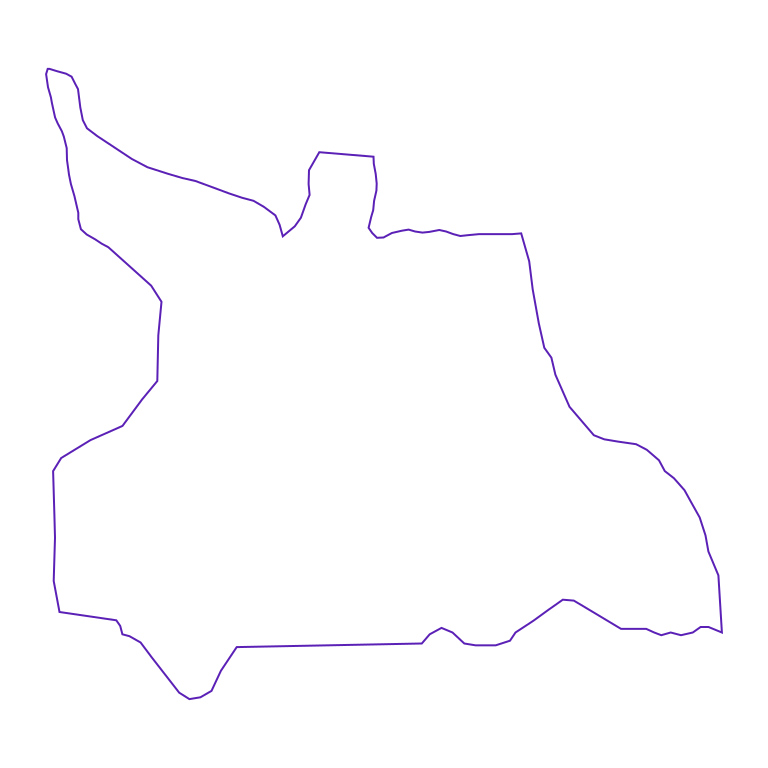 outline of Abba, Nana-Mambéré, Central African Republic
{"feature_id": "33826404B97851482460311", "entity_name": "Abba", "entity_type": "district", "adm_level": 2, "iso_a3": "CAF", "parent_name": "Central African Republic", "parent_adm1": "Nana-Mambéré", "projection": "natural_earth1", "projection_center": [15.206, 5.282], "detail": "fine", "context": "isolated", "style": "outline", "palette": "violet", "viewbox_px": 768, "rotation_deg": 0, "n_neighbors": 0, "source": "geoboundaries", "source_scale": "gbopen_adm2", "svg_char_len": 1962}
<svg xmlns="http://www.w3.org/2000/svg" viewBox="0 0 768 768"><path d="M495.8,645.3L510.0,640.7L515.5,632.5L533.6,620.6L548.6,609.7L562.8,599.7L573.8,600.6L595.1,613.3L616.4,626.1L621.1,628.9L641.6,628.9L646.3,628.9L654.2,632.5L661.3,635.2L670.7,632.5L681.0,635.2L692.8,632.5L700.6,627.0L708.5,627.0L721.9,632.5L718.4,575.4L708.4,551.5L705.5,535.4L699.7,517.5L691.3,502.5L684.5,490.2L673.9,478.2L664.8,471.1L659.0,460.3L646.8,449.8L636.1,444.2L618.0,441.6L604.2,439.3L593.8,435.2L569.5,406.8L555.4,374.7L551.4,357.7L544.3,347.8L538.8,323.3L532.7,289.4L529.2,261.3L521.2,233.4L512.5,234.1L500.3,234.1L493.5,234.1L487.4,234.1L479.3,234.1L467.7,235.2L460.3,236.0L453.2,234.1L446.1,231.5L439.3,230.0L429.3,231.9L422.5,232.6L415.1,231.5L408.6,229.6L401.9,230.7L391.9,233.0L383.5,237.5L377.0,237.8L372.2,233.0L368.6,227.8L371.2,216.9L373.2,210.2L374.1,200.8L376.4,190.7L376.7,183.6L375.7,173.9L373.8,163.8L373.5,156.7L319.3,152.2L309.0,170.2L308.6,184.0L309.6,194.9L305.7,204.2L300.9,217.7L294.8,226.3L282.8,236.3L279.6,224.8L275.4,215.4L263.8,206.8L253.5,200.8L242.2,197.8L229.0,193.4L217.7,189.2L195.4,181.0L182.2,178.0L168.3,173.9L147.4,167.2L131.9,159.0L97.4,136.2L87.0,128.3L82.8,120.1L80.3,107.4L78.0,89.1L75.4,84.2L71.6,76.7L66.1,73.7L56.7,71.1L49.6,68.9L47.7,68.9L46.1,74.1L48.0,87.2L50.9,97.3L51.9,102.9L54.1,113.0L55.1,117.5L57.7,123.4L61.9,131.3L63.8,136.5L66.7,148.1L67.0,160.1L68.0,167.2L69.0,174.7L70.9,184.0L74.4,196.0L78.3,212.8L78.3,219.2L80.9,229.2L86.7,234.5L95.1,239.3L101.9,243.8L108.3,247.2L151.2,285.7L161.5,301.8L158.3,335.4L157.3,381.0L142.2,399.3L122.5,425.9L90.5,440.1L61.2,458.0L53.1,471.1L54.4,515.2L55.0,537.7L53.7,581.0L59.5,612.0L88.3,616.2L116.3,620.3L120.2,625.9L122.4,634.3L129.5,636.2L140.6,642.5L151.6,657.2L179.2,692.7L189.4,699.1L200.4,697.3L211.5,690.9L220.9,670.8L236.7,647.1L421.8,643.5L429.7,634.3L441.5,627.9L452.5,632.5L464.3,643.5L475.4,645.3L490.3,645.3L495.8,645.3Z" fill="none" stroke="#5b21b6" stroke-width="2"/></svg>